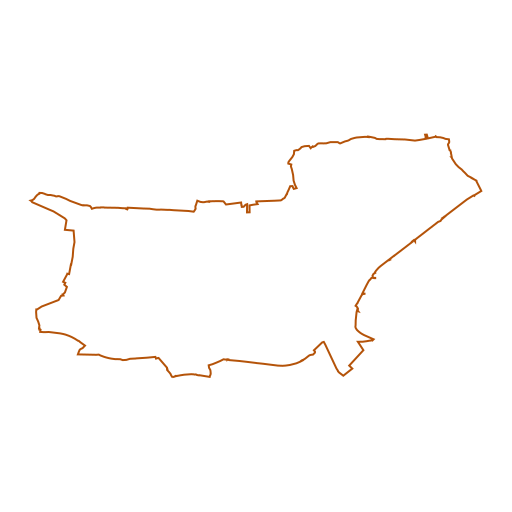 outline of Tilburg, Noord-Brabant, Netherlands
{"feature_id": "6326949B99100278363504", "entity_name": "Tilburg", "entity_type": "district", "adm_level": 2, "iso_a3": "NLD", "parent_name": "Netherlands", "parent_adm1": "Noord-Brabant", "projection": "equal_earth", "projection_center": [5.085, 51.586], "detail": "fine", "context": "isolated", "style": "outline", "palette": "amber", "viewbox_px": 512, "rotation_deg": 0, "n_neighbors": 0, "source": "geoboundaries", "source_scale": "gbopen_adm2", "svg_char_len": 5821}
<svg xmlns="http://www.w3.org/2000/svg" viewBox="0 0 512 512"><path d="M30.7,200.6L31.8,201.4L32.0,202.0L32.4,202.3L49.0,209.5L53.5,211.4L64.7,218.3L65.2,218.8L66.5,220.3L64.9,229.8L73.6,230.6L74.5,242.1L73.3,248.8L72.7,256.8L71.2,264.6L70.9,264.5L69.1,274.1L67.3,273.7L67.2,274.2L63.1,281.8L65.3,282.8L64.3,284.7L66.9,286.9L64.9,292.5L63.0,294.3L62.7,294.4L63.4,295.5L61.1,295.8L58.6,300.0L41.7,306.5L37.2,309.4L36.3,309.4L36.1,312.0L36.5,317.8L38.2,321.6L39.3,325.1L39.4,325.6L39.2,326.7L39.0,328.4L39.6,328.5L39.4,329.6L40.5,329.8L40.2,331.9L43.1,332.1L46.3,332.1L48.5,332.0L49.7,332.1L60.2,333.4L63.2,334.0L65.5,334.6L69.1,335.9L71.8,337.1L74.8,338.7L78.1,340.8L78.6,340.8L79.9,341.8L80.0,342.0L85.0,345.6L82.5,348.2L81.3,348.7L80.0,349.5L79.6,350.0L78.9,351.6L77.9,354.4L96.3,354.8L98.8,354.6L100.5,355.5L104.0,356.8L106.3,357.5L108.7,358.1L111.2,358.6L114.9,359.1L120.2,359.2L122.7,360.1L126.3,359.9L130.0,358.8L135.9,358.5L136.1,358.4L146.9,357.7L155.4,356.9L156.0,358.6L158.3,357.9L158.6,358.0L167.0,367.7L167.0,367.8L167.0,368.7L167.4,369.1L167.1,369.4L167.1,369.9L167.8,370.7L169.6,372.7L170.7,374.2L170.9,374.9L172.0,376.7L172.3,377.4L172.3,377.2L174.2,376.7L174.9,376.3L175.0,376.4L175.6,375.9L175.9,376.0L176.8,375.9L176.8,376.0L180.4,375.3L184.2,374.7L191.2,374.2L193.4,374.3L194.9,374.6L195.6,374.4L196.6,374.7L196.9,375.0L199.1,375.4L199.3,375.2L209.7,376.9L210.0,375.6L210.5,374.7L210.7,373.4L210.5,371.1L210.3,370.0L209.1,367.9L208.7,365.3L212.5,364.2L216.0,362.8L220.2,361.0L223.5,359.3L226.6,359.7L227.5,359.6L227.6,359.4L227.5,359.5L227.5,359.3L228.3,359.4L228.2,359.8L229.2,360.1L239.5,361.0L246.5,361.8L256.3,363.0L256.7,363.1L258.8,363.3L263.5,363.8L264.2,363.9L277.9,365.6L282.5,365.8L285.5,365.6L289.8,365.0L294.1,363.9L296.4,363.3L300.2,361.7L302.1,360.7L301.7,360.5L302.3,360.1L302.6,360.2L305.1,358.7L309.0,355.6L310.0,355.1L311.3,354.8L313.0,354.6L314.8,352.8L315.0,352.2L315.0,351.8L314.9,351.5L313.9,350.3L315.4,348.9L322.2,342.4L323.8,341.9L325.3,344.7L336.5,368.6L337.9,370.7L337.9,371.1L338.0,371.3L339.1,372.5L343.3,375.7L352.3,368.6L349.2,365.6L363.4,350.2L357.9,341.8L362.9,341.7L366.7,341.2L371.0,340.4L371.0,340.5L372.1,340.3L372.4,340.5L373.6,339.3L364.1,335.1L362.1,334.0L360.5,333.0L358.6,331.5L357.0,330.0L356.0,328.5L355.6,327.7L355.4,326.8L355.6,325.1L355.7,320.4L356.6,311.9L356.8,311.4L357.7,311.1L358.3,311.3L358.1,311.0L357.6,310.9L357.0,310.5L357.3,309.5L358.4,308.8L358.7,308.7L357.5,308.5L357.3,307.5L357.0,307.0L356.6,306.5L355.6,305.8L357.0,303.6L357.5,303.2L357.6,302.7L361.4,295.6L361.9,294.9L362.5,294.4L362.7,294.1L365.4,293.7L362.4,293.4L366.6,285.0L368.6,281.3L369.6,279.9L370.0,279.8L371.4,278.0L371.9,277.9L372.5,277.8L374.0,278.1L375.2,278.1L375.2,277.9L373.4,277.8L372.9,277.6L372.5,275.7L373.5,273.9L375.2,272.9L374.9,272.4L375.2,271.9L376.1,270.6L378.6,267.8L380.7,266.0L388.1,260.3L388.7,260.4L388.9,260.3L388.3,260.2L394.1,255.7L394.2,255.8L394.9,255.2L412.4,241.8L412.1,241.5L414.0,240.0L415.1,241.5L415.1,240.2L415.4,239.5L417.5,237.8L438.1,221.9L440.2,221.1L440.5,221.0L441.4,219.6L444.2,217.2L443.7,217.2L444.0,217.0L444.0,216.9L444.3,216.6L444.8,216.4L466.9,199.5L473.5,195.4L473.8,195.5L474.3,195.9L474.5,195.7L474.5,195.3L474.9,194.9L481.3,191.0L480.9,190.1L476.3,181.0L476.5,180.8L476.4,180.6L472.4,178.5L472.6,178.4L471.1,177.5L467.7,175.8L465.2,173.1L464.0,171.9L463.6,171.6L461.7,169.5L458.6,167.1L455.8,164.2L452.1,158.6L451.8,157.5L451.7,157.4L451.8,157.4L451.2,154.2L450.9,153.1L451.0,152.6L450.6,151.3L450.8,150.7L451.1,150.7L449.6,150.2L448.0,144.9L448.0,144.4L448.2,144.0L449.1,142.6L449.2,142.1L449.2,141.2L448.9,139.3L445.5,138.9L443.3,138.0L440.2,137.3L436.4,137.1L436.0,136.5L435.7,136.3L435.5,136.7L434.3,137.0L428.0,138.4L427.9,138.4L426.8,134.6L425.1,134.7L425.9,137.6L426.0,138.0L425.7,138.1L426.0,138.8L419.2,140.0L415.0,140.6L405.1,139.5L394.5,139.2L388.1,138.8L386.1,138.8L385.8,138.9L385.6,139.2L379.1,139.1L376.7,138.9L374.9,137.9L370.6,137.0L368.4,136.6L368.5,137.1L366.8,136.9L364.3,136.9L356.7,137.5L354.7,137.9L351.2,138.9L350.5,139.2L349.3,140.0L347.8,140.7L345.0,141.4L340.2,143.4L339.6,143.3L338.1,142.3L337.6,142.1L331.6,142.1L330.5,142.1L326.3,143.3L323.2,143.4L322.0,143.3L318.6,143.4L317.6,143.8L315.3,146.0L313.1,146.9L312.7,146.4L311.2,147.6L310.7,148.2L309.0,145.9L304.6,146.2L301.5,147.1L300.5,148.3L299.0,149.5L297.9,150.2L296.5,150.1L294.2,150.8L293.9,154.2L292.3,157.1L289.5,160.6L288.6,161.9L288.4,162.4L288.3,163.0L288.3,163.6L291.3,164.5L290.9,166.4L291.8,169.1L293.1,175.0L293.6,180.6L294.9,184.7L296.6,188.1L293.8,188.9L293.1,187.7L292.5,186.1L290.2,186.2L288.8,189.5L287.4,192.4L286.9,194.2L286.6,194.2L284.7,197.8L284.0,198.3L283.0,198.8L282.1,199.6L280.8,200.4L275.2,200.7L256.3,201.4L256.3,201.9L257.6,204.1L253.3,204.7L249.5,205.4L249.6,212.3L247.0,212.4L247.1,204.2L245.7,204.7L245.2,205.1L243.6,206.8L241.8,206.9L241.7,205.7L241.6,205.2L241.4,205.2L241.1,202.5L235.2,203.3L226.0,204.5L223.6,201.5L223.1,201.3L218.1,201.1L208.9,201.3L209.0,201.8L206.9,201.6L204.0,202.2L202.7,202.2L200.4,201.9L197.3,200.7L196.0,204.8L195.4,206.3L195.5,208.5L195.6,208.8L194.7,210.3L194.5,210.6L193.7,211.7L188.5,211.0L173.6,210.2L170.1,209.9L168.0,209.9L161.6,209.6L156.8,209.7L152.7,209.2L149.6,208.7L143.1,208.5L127.8,207.7L127.8,208.4L127.3,209.4L126.5,209.1L126.9,208.4L126.0,208.3L122.6,208.2L117.9,207.8L104.5,207.6L103.9,207.4L100.7,207.4L100.5,207.6L96.7,207.6L95.3,207.8L93.6,208.2L91.9,208.8L90.8,206.9L89.9,206.0L86.9,205.3L83.4,205.4L83.4,205.2L82.1,205.2L81.3,205.0L70.1,200.9L66.1,198.9L59.6,196.3L59.2,196.2L58.1,196.1L56.9,196.4L56.0,196.4L54.2,195.7L52.9,195.5L50.6,195.0L47.9,195.0L45.3,194.2L44.9,193.9L42.1,193.0L39.4,192.9L39.1,193.5L39.2,193.8L37.8,194.5L36.9,195.3L35.8,196.6L35.7,196.6L34.2,198.8L32.6,200.0L31.5,200.4L30.7,200.6Z" fill="none" stroke="#b45309" stroke-width="2"/></svg>